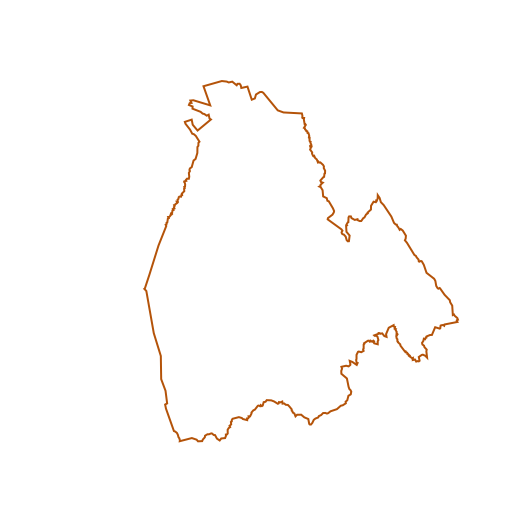 Chalchihuites, Zacatecas, Mexico, rotated 333°
{"feature_id": "50627088B3556575576263", "entity_name": "Chalchihuites", "entity_type": "district", "adm_level": 2, "iso_a3": "MEX", "parent_name": "Mexico", "parent_adm1": "Zacatecas", "projection": "equal_earth", "projection_center": [-103.86, 23.443], "detail": "fine", "context": "isolated", "style": "outline", "palette": "amber", "viewbox_px": 512, "rotation_deg": 333, "n_neighbors": 0, "source": "geoboundaries", "source_scale": "gbopen_adm2", "svg_char_len": 6149}
<svg xmlns="http://www.w3.org/2000/svg" viewBox="0 0 512 512"><g transform="rotate(333 256 256)"><path d="M104.0,386.4L116.2,389.1L119.7,392.7L120.2,394.8L124.0,396.5L125.3,395.4L128.1,394.3L129.0,393.0L131.8,392.8L133.1,393.5L135.4,393.7L136.1,394.0L137.1,396.3L138.2,397.0L138.3,401.0L139.9,403.9L142.2,402.8L145.8,404.2L147.5,402.7L148.1,401.4L149.2,401.8L150.2,401.3L151.9,397.9L153.6,396.9L155.3,396.7L155.3,395.3L157.4,394.8L158.3,392.5L159.3,392.4L159.8,391.3L161.2,390.4L167.6,391.8L169.8,393.9L170.3,395.3L173.6,398.2L174.3,396.7L175.2,397.1L176.3,396.6L176.6,395.5L177.9,396.2L180.5,394.3L180.9,393.4L183.6,392.3L185.2,392.4L189.6,390.3L190.6,390.5L191.5,391.8L192.1,392.0L192.6,391.2L193.3,392.4L194.1,392.3L196.5,389.7L198.3,390.2L200.1,389.3L204.0,391.5L206.0,393.7L208.4,397.6L209.3,397.6L210.2,396.6L211.3,397.5L213.3,397.6L212.6,399.6L214.1,400.1L215.0,402.1L216.8,403.2L217.4,405.2L218.2,408.8L217.6,410.0L218.0,411.0L217.7,412.2L218.7,413.7L218.4,416.8L220.5,416.1L224.2,417.9L225.8,421.7L228.6,425.0L227.2,429.7L227.4,430.5L228.4,431.1L230.4,430.3L233.1,428.2L235.2,427.8L238.1,428.1L239.3,427.2L241.8,427.3L244.5,426.4L246.5,427.3L247.7,428.6L248.9,428.8L251.9,428.2L258.6,429.2L263.6,427.9L265.5,428.4L269.2,428.0L269.7,426.5L271.8,426.0L274.9,422.5L277.6,422.3L279.3,420.1L279.3,418.3L278.8,417.0L279.1,414.6L281.4,406.4L278.6,399.7L279.8,397.1L281.5,395.5L281.8,393.5L286.5,394.7L288.4,396.4L290.5,395.9L291.0,395.2L291.9,392.0L293.8,394.2L296.3,398.8L297.9,397.5L297.2,396.9L298.0,394.1L298.8,393.4L300.7,389.7L303.4,387.7L304.2,387.8L306.1,389.5L308.8,389.4L309.1,387.7L309.9,387.3L311.7,383.8L312.7,383.4L312.7,382.8L317.3,382.3L318.2,382.7L318.4,384.0L319.3,384.2L319.8,383.7L320.5,385.0L322.1,384.7L322.5,385.7L321.6,386.4L321.7,387.5L324.4,389.9L325.7,387.3L326.9,386.4L327.6,383.0L327.1,381.8L325.5,381.0L325.3,380.4L329.7,380.9L330.2,380.3L331.2,380.9L331.4,381.7L333.3,382.2L334.0,385.6L335.6,387.3L336.4,384.7L341.7,380.2L347.2,380.1L346.7,381.3L347.7,382.3L346.5,383.7L347.4,384.6L346.8,385.0L346.9,387.5L346.3,388.3L346.6,390.0L345.8,390.5L345.5,389.8L344.5,391.3L343.9,393.4L344.2,394.4L343.3,396.0L343.6,396.8L343.3,397.2L344.4,400.2L344.0,401.4L345.3,408.7L345.9,408.8L345.7,409.7L346.2,409.8L346.8,411.0L346.4,412.0L347.1,412.5L346.9,413.6L347.4,413.7L347.8,414.6L347.2,415.0L348.7,417.9L349.5,418.0L348.7,419.1L349.4,419.6L348.9,420.0L350.7,420.5L350.8,422.8L352.2,423.0L353.2,423.8L354.2,423.6L355.2,419.9L358.8,419.4L359.9,419.7L361.5,421.7L362.3,424.2L364.5,418.3L365.6,416.9L364.7,413.7L365.0,412.2L364.1,410.4L364.5,408.8L366.6,407.6L368.0,405.9L368.9,406.9L370.3,405.7L370.8,406.0L371.5,405.1L375.2,405.4L376.9,406.2L383.3,400.8L386.7,404.1L387.3,404.1L388.9,401.8L389.5,401.8L391.3,402.4L392.0,403.6L392.9,402.6L405.5,406.2L405.4,404.9L405.8,404.4L407.0,404.5L407.2,402.6L405.9,399.5L405.8,397.9L404.6,397.9L408.3,389.3L408.0,385.4L408.6,383.4L406.4,376.1L405.3,368.4L405.1,367.9L403.6,367.9L403.2,367.1L403.0,364.5L404.5,359.6L404.4,357.2L400.3,348.4L401.5,340.1L401.3,336.0L400.7,335.3L398.9,335.2L398.6,334.7L399.2,333.0L398.5,330.2L398.5,328.5L397.6,327.0L396.5,312.7L395.8,309.6L397.2,308.5L398.8,306.0L398.3,299.9L397.2,297.6L395.9,297.9L395.8,294.9L395.4,293.8L395.7,292.0L394.8,291.4L394.0,289.2L394.5,282.3L392.9,268.6L391.7,264.7L392.5,260.4L392.1,257.1L390.5,260.0L388.6,261.7L388.2,261.3L387.8,262.2L387.2,262.5L385.4,261.0L381.3,263.5L379.5,266.8L375.1,268.0L375.0,268.7L372.9,269.0L370.1,270.9L368.7,271.0L365.7,272.6L364.3,272.0L362.8,270.1L363.1,269.3L360.4,268.7L358.3,265.6L358.5,263.8L356.9,263.0L356.0,263.6L353.6,267.8L353.0,267.7L350.6,269.3L350.9,270.0L349.9,270.2L347.6,275.5L348.7,280.3L345.5,285.0L344.5,284.6L344.0,283.1L344.7,279.4L344.0,276.8L342.9,275.7L342.8,274.7L343.0,273.7L344.5,272.7L344.2,271.0L336.5,255.9L337.3,254.9L342.9,253.9L345.1,252.5L346.0,251.4L346.2,248.5L345.7,240.3L344.7,239.2L345.3,236.6L342.9,233.4L345.2,227.6L344.9,224.0L344.0,222.9L345.3,222.8L345.9,221.8L348.8,221.0L347.5,219.6L347.6,218.0L351.9,216.3L352.6,216.4L354.4,213.7L355.0,213.7L356.3,211.4L356.3,208.4L357.2,207.0L357.1,205.2L355.8,201.8L354.7,201.5L354.4,200.1L353.7,200.4L354.0,197.6L353.2,195.6L353.3,193.2L352.5,193.3L352.3,192.8L352.4,190.2L353.1,189.2L352.5,185.8L353.8,184.6L354.0,183.3L354.5,183.6L354.6,182.7L355.4,183.2L355.8,181.9L355.9,179.8L356.5,179.0L356.0,178.5L356.0,177.7L357.3,175.3L357.0,175.2L357.4,174.4L357.1,174.2L358.1,172.8L358.5,170.3L357.8,169.8L358.3,168.4L357.6,167.7L357.9,167.3L357.2,165.5L357.5,164.4L356.9,163.6L359.9,161.8L359.8,160.8L359.2,160.6L360.6,156.1L361.5,154.9L360.1,154.2L360.0,153.8L361.0,152.2L361.6,149.8L345.7,140.6L341.5,136.1L336.6,113.9L335.7,112.5L333.9,111.7L329.3,112.1L326.5,115.1L323.2,114.8L325.3,101.2L319.2,99.6L319.9,97.0L319.6,95.1L317.7,94.2L316.3,95.1L314.0,89.9L310.5,89.0L309.1,87.3L305.0,84.6L286.3,80.9L283.6,101.0L270.9,88.8L268.1,87.7L268.0,90.3L266.3,89.7L264.8,91.0L267.4,94.0L266.3,95.9L272.1,102.4L273.1,104.9L274.4,106.0L275.8,108.6L278.0,108.6L277.0,112.4L277.8,113.9L260.9,117.7L259.2,110.3L260.6,105.3L253.5,104.2L253.2,106.1L254.6,113.4L254.7,118.1L255.9,119.2L256.9,121.7L257.5,128.5L256.1,129.0L254.7,131.6L253.3,132.3L250.5,137.6L246.2,142.1L243.7,142.6L239.1,147.6L236.8,148.0L235.7,149.2L235.7,150.3L233.9,151.5L232.5,155.1L231.2,156.7L229.7,155.8L228.1,156.4L228.0,157.4L226.0,156.9L225.6,157.3L225.9,157.9L225.4,160.0L224.3,161.9L223.4,161.9L223.3,163.2L222.5,163.4L221.5,165.7L218.4,166.7L217.9,168.0L217.4,167.6L216.2,169.1L214.7,168.3L213.9,168.5L212.8,169.9L211.6,170.3L211.0,172.2L210.0,171.6L209.8,173.0L207.5,173.3L206.6,174.0L206.1,173.7L205.9,174.8L205.0,175.2L204.9,176.6L203.3,176.4L203.3,177.6L202.2,177.5L201.0,179.3L200.4,179.3L200.3,180.5L199.6,180.7L199.2,179.9L197.8,181.3L196.4,181.8L195.5,181.4L195.4,182.7L194.5,182.6L192.2,185.8L191.4,185.8L190.9,186.9L189.7,187.1L189.7,188.5L173.9,202.4L152.4,224.4L142.2,234.5L141.6,234.6L142.4,237.4L129.9,278.3L125.8,301.9L115.6,322.7L114.2,335.0L109.9,347.0L107.6,347.1L106.5,351.1L103.4,374.7L104.3,375.7L105.2,377.7L105.2,379.9L104.7,382.2L104.9,383.7L104.5,385.7L104.0,386.4Z" fill="none" stroke="#b45309" stroke-width="2"/></g></svg>